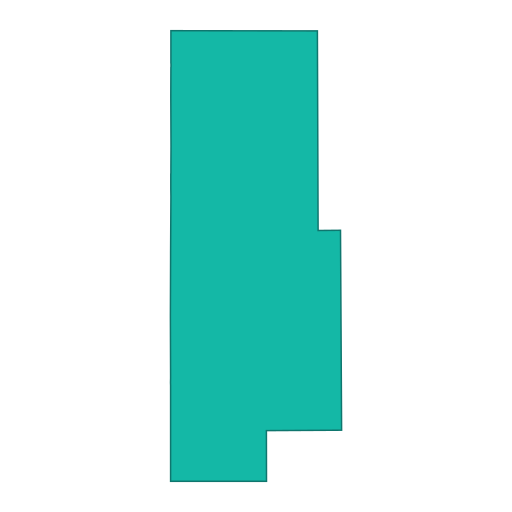 Golden Valley, North Dakota, United States of America
{"feature_id": "52423323B64465165831461", "entity_name": "Golden Valley", "entity_type": "district", "adm_level": 2, "iso_a3": "USA", "parent_name": "United States of America", "parent_adm1": "North Dakota", "projection": "orthographic", "projection_center": [-103.986, 46.935], "detail": "fine", "context": "isolated", "style": "filled", "palette": "teal", "viewbox_px": 512, "rotation_deg": 0, "n_neighbors": 0, "source": "geoboundaries", "source_scale": "gbopen_adm2", "svg_char_len": 531}
<svg xmlns="http://www.w3.org/2000/svg" viewBox="0 0 512 512"><path d="M170.6,481.3L266.5,481.3L266.4,430.6L341.6,430.2L340.5,230.3L318.1,230.5L317.4,30.9L170.9,30.7L170.9,61.1L170.9,62.8L171.0,64.2L171.0,66.8L170.9,67.4L170.9,68.5L170.8,96.1L171.0,146.4L170.9,166.2L170.9,172.8L170.8,174.3L170.8,182.7L170.8,186.4L170.8,188.6L170.9,195.9L170.9,197.7L170.6,252.7L170.6,256.9L170.4,315.8L170.6,375.9L170.6,377.8L170.6,378.3L170.5,382.5L170.6,385.5L170.6,423.8L170.6,481.3Z" fill="#14b8a6" stroke="#0f766e" stroke-width="1.5"/></svg>